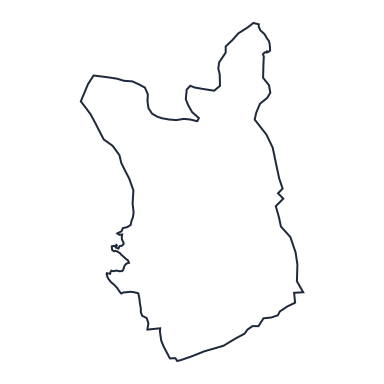 the district of Kissonerga, Paphos, Cyprus
{"feature_id": "46923920B44271022375599", "entity_name": "Kissonerga", "entity_type": "district", "adm_level": 2, "iso_a3": "CYP", "parent_name": "Cyprus", "parent_adm1": "Paphos", "projection": "mercator", "projection_center": [32.398, 34.835], "detail": "fine", "context": "isolated", "style": "outline", "palette": "slate", "viewbox_px": 384, "rotation_deg": 0, "n_neighbors": 0, "source": "geoboundaries", "source_scale": "gbopen_adm2", "svg_char_len": 2484}
<svg xmlns="http://www.w3.org/2000/svg" viewBox="0 0 384 384"><path d="M80.8,101.4L85.1,106.9L90.5,114.2L95.6,123.6L98.9,130.2L103.7,139.4L112.6,145.8L119.4,155.1L121.3,163.0L125.0,170.5L129.2,178.6L133.4,190.4L132.6,203.4L133.6,212.5L133.0,217.1L131.5,220.8L130.7,224.9L127.1,227.2L122.9,228.1L121.5,231.3L117.3,233.4L119.2,234.8L122.2,234.5L121.8,236.4L121.9,239.4L123.4,242.4L123.7,243.9L122.2,245.6L119.6,246.1L118.4,248.6L115.8,247.5L116.8,245.6L116.4,244.9L114.9,246.1L114.5,246.0L113.1,246.0L111.8,246.3L111.9,248.0L112.1,249.7L112.6,250.3L113.5,250.9L114.1,251.3L115.5,250.9L116.2,251.1L117.5,251.6L118.4,252.2L120.0,253.2L121.4,254.9L122.6,255.8L123.5,256.7L124.7,257.7L126.0,259.0L128.1,260.5L128.6,261.9L129.0,262.8L126.4,263.6L124.7,265.5L123.9,267.4L123.6,268.8L123.1,270.1L122.0,271.1L120.1,271.2L118.8,271.2L117.3,270.7L115.6,270.7L113.9,271.2L112.2,271.0L111.4,270.7L110.5,272.1L110.1,273.8L108.4,273.5L106.9,273.2L106.6,274.3L107.3,276.6L108.3,278.7L110.3,281.3L111.6,282.7L114.0,284.6L117.2,288.0L119.4,291.4L121.2,293.5L123.2,292.5L126.5,292.2L130.4,291.8L133.5,292.1L138.3,293.3L138.7,295.3L139.5,299.3L139.8,302.7L140.8,308.4L140.8,312.0L142.2,315.8L146.7,318.1L148.4,323.2L147.4,329.3L147.4,329.6L160.2,328.3L159.9,331.3L161.2,340.5L163.6,346.5L169.9,358.4L175.4,358.2L177.2,361.0L180.8,360.1L191.0,356.6L204.3,351.3L223.4,345.8L235.7,338.4L244.5,333.7L247.5,329.6L252.5,326.1L258.5,326.1L263.5,318.3L271.3,317.5L277.8,315.3L277.9,315.1L279.8,311.5L287.4,306.4L295.1,302.7L294.1,292.8L303.2,292.3L296.9,281.2L297.0,278.4L297.4,264.6L295.6,252.5L290.4,237.1L280.9,226.5L279.0,217.5L275.8,206.2L283.3,198.6L278.0,193.3L282.6,188.6L279.2,178.5L276.4,165.4L272.7,147.7L266.5,134.7L262.9,130.1L254.7,119.6L256.2,112.8L260.0,103.7L267.1,98.0L270.3,92.8L269.0,85.3L263.1,77.8L263.4,65.8L263.4,64.9L263.8,56.7L263.0,54.1L264.9,52.3L266.6,52.5L266.9,51.4L268.3,52.0L270.1,50.6L270.0,47.6L269.5,43.2L268.8,40.9L266.7,38.0L264.5,34.1L260.3,30.3L258.7,26.6L258.8,24.3L253.3,23.0L247.7,27.4L238.4,33.3L232.2,40.3L225.7,46.4L225.7,52.6L219.1,62.4L218.3,68.5L219.7,74.2L220.0,85.8L214.2,90.7L209.6,90.0L202.6,88.9L194.6,87.5L190.3,85.8L186.7,89.6L185.8,99.3L188.2,105.2L192.1,112.1L198.9,118.1L197.2,121.2L190.2,119.5L183.9,118.9L176.2,120.1L169.0,119.5L162.3,118.3L157.8,116.9L152.1,113.7L148.5,108.3L147.5,101.3L147.8,94.2L144.9,87.6L139.6,84.7L132.4,81.4L124.1,80.8L117.0,78.7L107.3,77.2L93.6,75.5L88.0,84.1L80.8,101.4Z" fill="none" stroke="#1e293b" stroke-width="2"/></svg>